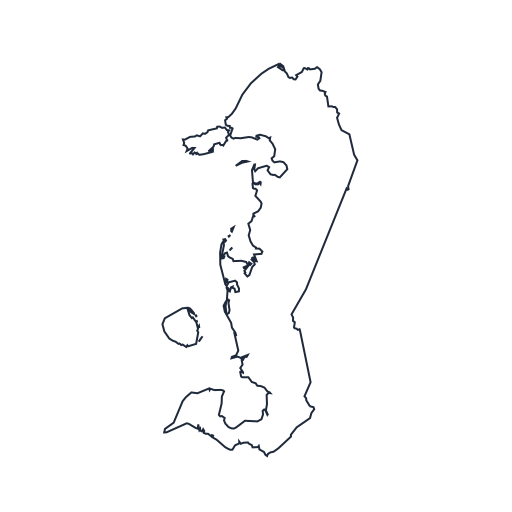 SVG path tracing the border of Nenets, rotated 292°
{"feature_id": "RUS-2381", "entity_name": "Nenets", "entity_type": "Autonomous Province", "adm_level": 1, "iso_a3": "RUS", "parent_name": "Russia", "parent_adm1": "", "projection": "mercator", "projection_center": [54.749, 68.144], "detail": "fine", "context": "isolated", "style": "outline", "palette": "slate", "viewbox_px": 512, "rotation_deg": 292, "n_neighbors": 0, "source": "natural_earth", "source_scale": "10m", "svg_char_len": 6120}
<svg xmlns="http://www.w3.org/2000/svg" viewBox="0 0 512 512"><g transform="rotate(292 256 256)"><path d="M74.7,341.2L75.2,339.2L77.3,336.8L77.9,331.7L80.9,329.7L79.5,329.3L77.3,324.5L79.1,322.9L79.4,319.5L80.1,318.4L78.1,314.2L76.2,312.2L77.6,310.0L76.0,310.7L72.6,307.5L67.6,306.7L66.7,304.7L66.8,302.1L67.2,299.1L70.9,288.3L71.6,283.5L73.4,283.5L73.4,282.2L72.1,281.9L73.2,278.3L72.4,276.0L72.4,273.9L74.4,273.5L75.6,271.9L73.1,271.6L73.3,269.7L74.7,269.0L73.3,268.7L78.2,265.5L74.1,266.8L74.0,264.4L75.2,256.4L74.9,254.4L59.0,239.1L58.0,237.0L61.6,236.4L70.6,242.1L94.0,242.4L98.9,243.9L105.3,247.2L106.8,253.1L115.7,262.2L114.4,263.2L115.8,263.4L116.1,267.7L118.7,273.6L119.0,275.8L118.6,277.1L112.9,277.0L106.3,279.4L94.8,281.1L93.9,282.8L94.8,284.3L94.1,287.6L91.5,288.0L89.1,290.4L87.1,294.6L87.0,297.8L87.7,300.1L89.6,301.8L99.1,307.5L103.2,319.3L106.7,322.2L111.6,321.9L114.9,320.2L116.8,321.1L116.9,322.0L113.0,326.1L113.5,326.2L116.6,323.0L122.7,321.7L131.2,317.9L133.8,319.0L134.2,320.6L134.7,319.6L134.7,317.2L137.1,313.3L137.2,309.2L136.2,305.8L137.9,303.3L137.6,299.3L140.7,294.4L138.6,289.1L138.4,288.1L138.9,287.2L142.6,284.8L143.4,285.4L142.9,287.7L143.3,287.6L146.2,283.4L150.3,284.2L154.0,281.8L154.8,282.6L154.1,282.8L158.0,283.1L159.3,284.1L158.7,284.8L159.2,285.2L161.2,285.4L156.9,280.9L155.4,281.3L155.9,279.1L155.7,276.4L152.0,271.6L153.5,271.5L156.6,274.8L161.7,275.0L177.3,264.2L174.3,267.7L177.1,265.7L180.6,260.5L184.7,258.0L190.8,250.4L192.9,252.2L195.8,251.8L202.2,248.0L204.8,247.7L205.1,247.1L204.1,246.8L204.6,245.4L213.5,242.5L215.5,240.6L216.3,240.5L215.6,242.6L213.5,243.9L213.3,245.0L217.6,244.6L218.8,245.8L217.7,245.9L217.7,248.3L214.8,250.4L216.8,253.4L219.5,252.4L222.6,249.0L224.4,248.3L225.3,245.9L221.1,240.2L221.2,238.8L223.4,238.4L223.6,236.9L221.2,237.8L219.7,240.4L217.3,239.9L218.2,238.2L234.5,226.2L245.6,221.5L253.9,219.6L257.7,220.2L254.1,222.2L240.6,224.8L241.9,226.8L243.1,226.8L242.3,225.8L243.0,225.3L247.0,226.3L248.3,227.8L245.4,230.1L244.8,231.8L244.6,235.5L242.8,237.0L246.1,244.3L246.8,249.2L244.3,252.1L240.9,248.8L240.3,249.4L242.3,252.1L237.9,250.8L236.7,252.3L235.7,251.9L233.8,255.7L235.9,257.0L244.4,256.6L247.7,258.0L249.4,256.8L251.1,253.2L251.7,253.4L250.9,256.1L251.4,258.6L256.7,253.6L260.0,260.2L262.5,260.3L264.1,256.5L262.9,253.1L263.9,252.8L264.4,249.5L267.4,245.5L272.4,241.5L277.9,240.9L283.1,236.8L286.7,238.8L292.1,238.4L292.4,238.9L291.9,240.5L293.2,238.1L294.3,237.7L298.2,241.2L302.5,242.3L306.7,241.5L308.2,239.9L311.5,232.9L317.3,232.4L318.2,230.4L317.7,229.2L317.8,227.8L321.6,225.7L322.9,225.7L322.2,228.5L323.2,231.0L325.2,232.2L324.5,233.2L326.1,232.8L326.3,231.9L323.6,230.0L323.0,228.0L323.3,225.5L334.1,220.1L340.2,220.2L340.5,220.8L335.7,221.9L334.3,223.5L338.1,225.0L343.7,232.1L343.3,234.9L339.8,234.6L337.2,238.8L337.5,241.3L338.3,243.1L337.5,246.6L337.8,248.6L348.2,252.5L351.4,250.3L353.3,246.3L352.7,242.8L349.7,237.9L350.6,235.5L352.4,233.9L355.4,235.5L362.2,233.8L366.3,229.3L368.4,225.4L371.1,224.8L370.0,223.8L370.7,220.1L369.9,214.2L367.7,211.4L366.7,211.6L367.1,214.3L366.5,215.0L364.4,213.6L364.4,207.5L363.5,204.5L359.4,197.6L357.7,192.5L356.4,191.3L356.6,188.9L358.0,186.9L365.5,186.5L365.7,185.4L365.1,183.8L366.7,182.9L366.0,180.8L366.4,178.8L370.3,176.5L372.4,177.7L373.5,176.6L374.4,178.3L378.9,180.4L385.3,181.9L400.5,182.9L414.3,186.6L427.0,192.7L434.4,197.7L442.5,205.1L441.7,206.2L439.4,205.6L438.2,211.1L438.6,212.9L441.2,210.4L441.0,207.3L443.1,206.8L442.2,210.1L437.9,213.7L436.8,216.2L434.0,219.1L433.8,220.6L435.0,222.6L434.0,224.8L434.5,226.5L437.8,227.2L438.7,225.5L443.8,229.6L448.0,229.9L448.5,230.7L448.2,233.7L449.7,233.8L449.9,234.9L449.2,235.7L449.6,236.8L451.7,240.5L454.0,241.9L453.1,245.2L450.9,248.0L442.5,250.0L438.2,249.1L434.5,251.4L433.4,253.5L434.0,255.3L434.1,259.0L432.1,259.0L430.7,260.2L430.4,262.1L421.8,267.1L423.2,270.3L423.1,272.0L423.8,273.5L422.4,276.2L419.5,277.5L419.2,279.7L414.5,279.4L408.9,283.7L404.7,288.2L403.8,297.0L386.7,309.0L382.7,314.2L355.4,315.2L352.5,316.8L351.7,316.0L352.5,314.7L243.8,314.8L215.2,310.8L212.8,313.5L209.7,314.6L209.1,316.8L204.0,318.0L203.5,318.9L203.8,320.7L203.2,322.5L204.4,323.8L203.7,324.5L159.4,353.9L144.1,353.5L142.9,355.8L141.0,356.7L137.3,361.7L136.9,362.8L137.4,365.9L135.7,367.4L131.2,366.2L125.9,366.8L112.4,357.9L103.3,355.3L101.7,356.1L86.1,348.8L81.1,345.6L79.3,342.9L76.8,341.1L74.7,341.2ZM182.7,212.8L182.5,214.8L180.0,219.6L179.0,220.4L179.5,217.1L181.0,212.6L176.2,216.5L174.4,219.8L175.4,220.4L172.1,225.6L166.8,229.5L164.7,229.5L163.7,231.0L152.1,233.4L146.8,226.8L147.5,225.8L145.5,225.4L146.4,221.1L145.4,220.1L146.2,218.0L145.5,217.0L146.4,213.6L146.3,210.4L147.0,206.5L151.7,199.3L157.7,194.8L164.1,194.8L179.9,207.3L182.7,212.8ZM363.5,179.0L361.9,181.7L362.4,184.0L360.5,183.5L358.4,185.6L354.5,184.0L352.5,185.7L352.8,186.7L351.4,185.2L346.2,184.3L346.5,183.5L345.7,182.1L345.9,181.1L347.3,179.8L343.9,175.4L341.6,175.7L335.2,172.7L338.6,176.2L336.5,176.9L330.9,169.5L328.6,165.6L329.2,163.8L328.3,162.7L329.4,162.4L328.8,161.7L329.0,160.3L326.6,159.5L327.4,157.8L325.8,156.1L333.1,158.5L332.3,156.3L327.3,152.4L329.9,152.4L331.9,149.5L331.7,147.3L334.0,147.0L336.7,144.6L337.3,146.5L341.8,150.3L344.0,154.7L345.7,155.9L346.0,159.3L349.8,160.8L350.1,162.9L352.6,164.6L354.6,164.6L359.7,171.9L361.3,171.6L362.4,173.8L362.1,176.6L363.5,179.0ZM197.8,244.6L203.5,245.2L197.8,246.7L191.1,250.4L192.5,248.1L197.8,244.6ZM340.5,211.4L340.6,213.0L337.3,208.2L332.0,203.4L338.9,207.6L340.5,211.4ZM253.0,253.6L253.9,254.6L253.4,256.2L251.3,256.3L252.0,254.1L253.6,252.7L253.0,253.6ZM245.3,252.1L247.6,252.0L247.0,254.6L245.4,253.9L245.3,252.1ZM272.0,222.8L274.4,224.5L269.5,224.5L269.7,223.8L272.0,222.8ZM259.2,219.8L260.1,221.1L259.1,222.4L257.9,222.0L259.2,219.8ZM251.2,229.4L254.4,230.5L254.8,230.9L251.2,229.4ZM156.0,235.1L161.5,236.5L155.2,235.1L156.0,235.1ZM264.2,223.2L265.8,224.4L263.9,223.6L264.2,223.2ZM169.4,229.2L169.9,229.3L168.0,230.4L169.4,229.2ZM177.0,223.6L178.9,222.0L178.3,223.0L177.0,223.6ZM172.7,226.1L174.2,224.8L172.6,226.3L172.7,226.1Z" fill="none" stroke="#1e293b" stroke-width="2"/></g></svg>